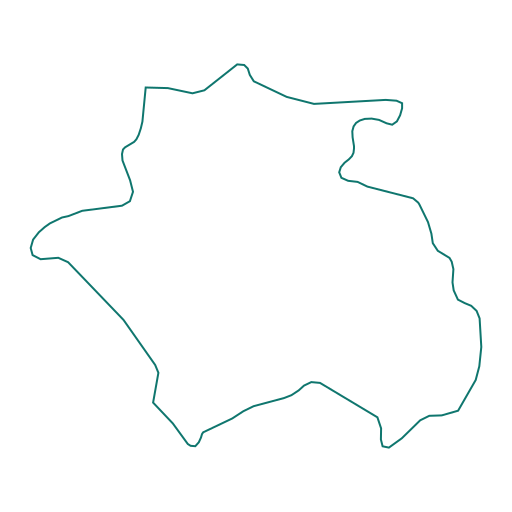 SVG path tracing the border of Constantine
{"feature_id": "DZA-2217", "entity_name": "Constantine", "entity_type": "Province", "adm_level": 1, "iso_a3": "DZA", "parent_name": "Algeria", "parent_adm1": "", "projection": "natural_earth1", "projection_center": [6.733, 36.357], "detail": "fine", "context": "isolated", "style": "outline", "palette": "teal", "viewbox_px": 512, "rotation_deg": 0, "n_neighbors": 0, "source": "natural_earth", "source_scale": "10m", "svg_char_len": 1496}
<svg xmlns="http://www.w3.org/2000/svg" viewBox="0 0 512 512"><path d="M413.1,198.3L418.2,202.6L419.3,204.3L428.0,222.1L431.4,233.7L432.8,243.2L437.8,250.8L449.5,257.9L451.7,261.7L453.4,269.2L452.5,282.4L453.7,290.4L457.9,299.6L464.7,303.1L471.2,305.8L476.6,310.9L479.6,318.4L481.3,347.0L479.3,366.3L475.7,380.0L458.1,410.7L441.7,415.4L429.3,415.8L420.2,420.3L401.8,438.3L388.9,447.6L382.6,446.3L380.9,439.5L381.1,428.4L377.4,417.3L320.0,382.9L311.3,382.1L304.0,385.6L298.7,390.4L291.4,395.2L284.2,398.0L253.6,406.2L243.4,411.2L232.2,418.5L203.2,432.3L202.0,434.1L201.0,437.5L198.8,442.3L195.3,446.2L190.6,445.8L187.8,444.0L172.8,423.4L153.1,402.6L158.4,372.8L155.2,365.0L123.5,319.9L68.1,262.2L58.3,257.8L40.6,259.2L32.6,255.1L30.7,248.0L33.1,239.6L38.9,232.2L44.7,227.1L49.9,223.4L62.0,217.5L68.4,216.1L82.2,210.8L122.0,205.7L129.9,201.2L133.0,191.8L130.1,180.3L122.5,160.5L122.0,154.1L123.0,149.5L125.1,147.3L134.1,141.9L136.4,139.3L138.7,134.8L140.8,128.4L142.4,121.7L145.7,87.5L167.9,88.1L192.5,93.3L204.4,90.3L237.2,64.4L244.2,65.0L247.8,68.6L249.8,74.9L253.8,81.3L286.7,96.9L314.0,103.9L385.7,99.9L396.5,100.7L402.1,103.2L402.1,108.3L400.1,115.3L396.9,121.4L392.2,124.7L386.6,123.3L379.0,119.9L371.6,118.6L364.8,118.9L359.8,120.5L356.1,122.9L353.6,126.4L352.3,131.2L352.6,137.3L354.0,146.2L354.0,148.6L353.5,152.8L351.9,156.2L348.8,159.4L344.6,162.7L340.8,167.2L339.2,172.3L341.4,177.8L348.1,180.8L357.6,181.9L367.4,186.6L413.1,198.3Z" fill="none" stroke="#0f766e" stroke-width="2"/></svg>